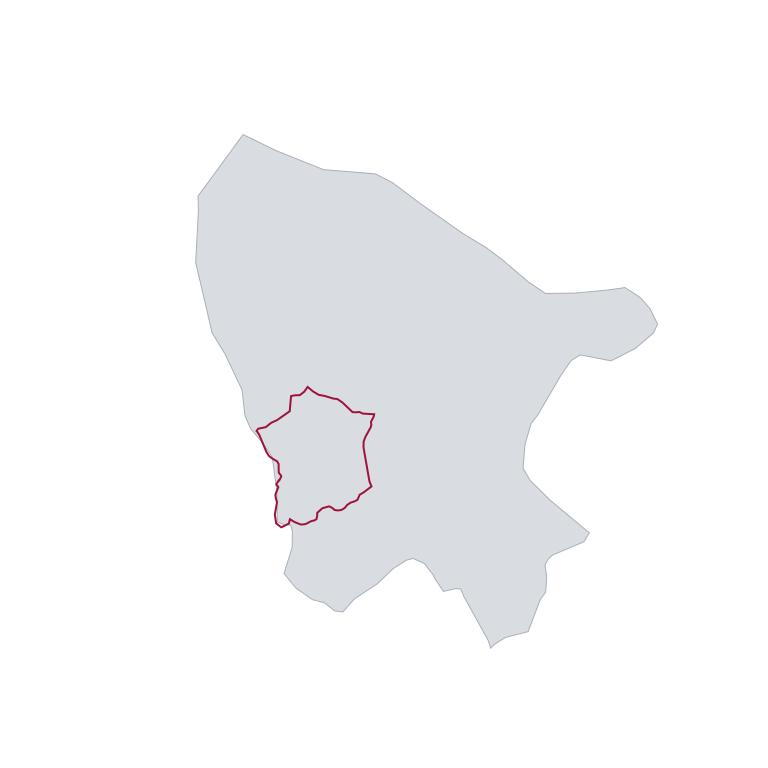 where Ruyigi sits in Burundi, rotated 125°
{"feature_id": "BDI-2635", "entity_name": "Ruyigi", "entity_type": "Province", "adm_level": 1, "iso_a3": "BDI", "parent_name": "Burundi", "parent_adm1": "", "projection": "mercator", "projection_center": [30.363, -3.445], "detail": "fine", "context": "in_parent", "style": "outline", "palette": "rose", "viewbox_px": 768, "rotation_deg": 125, "n_neighbors": 0, "source": "natural_earth", "source_scale": "10m", "svg_char_len": 2196}
<svg xmlns="http://www.w3.org/2000/svg" viewBox="0 0 768 768"><g transform="rotate(125 384 384)"><path d="M539.3,145.1L534.4,151.4L512.2,196.8L507.9,203.6L510.4,207.8L519.8,216.4L514.3,230.7L512.1,234.5L507.9,247.9L510.2,260.1L515.5,264.6L529.9,270.6L551.5,274.9L577.0,285.0L594.2,286.9L598.2,294.2L597.4,307.4L601.7,318.8L601.7,339.2L596.6,357.2L570.3,365.6L556.8,374.9L553.2,379.5L556.5,384.9L558.2,392.2L533.5,410.1L508.1,433.5L502.0,449.3L497.0,467.9L489.6,479.8L470.2,497.0L450.5,531.6L440.8,554.0L392.4,608.0L349.3,634.9L336.7,644.1L260.5,642.5L254.7,606.1L243.1,556.5L216.9,511.7L214.2,492.9L215.4,456.8L215.5,406.0L213.7,378.7L214.3,358.8L217.6,324.2L217.2,303.6L200.0,279.7L178.5,254.4L166.9,242.0L166.3,231.9L166.3,222.7L169.8,209.2L178.1,194.2L187.6,192.5L210.7,198.5L234.8,211.3L247.6,240.0L257.4,244.1L275.2,244.1L320.7,240.3L332.0,240.8L352.6,233.9L373.2,221.8L379.1,209.2L383.9,181.1L388.2,130.4L398.7,129.8L427.4,147.8L433.5,149.1L439.6,148.4L449.5,139.5L461.8,132.2L470.8,132.4L504.1,123.9L522.0,139.2L533.3,144.0L539.3,145.1Z" fill="#d9dde1" stroke="#a8b0b8" stroke-width="1"/><path d="M553.0,381.9L560.3,385.9L560.0,392.4L553.6,398.5L542.3,403.8L539.1,407.6L537.2,409.3L535.5,409.9L529.1,411.4L528.7,412.0L528.3,414.1L528.0,414.6L523.4,415.0L523.3,414.5L522.8,414.5L518.7,415.1L518.1,415.8L517.2,418.7L516.6,419.7L509.9,424.5L508.6,427.4L509.1,432.3L509.0,436.7L507.2,441.2L497.2,457.0L495.5,461.3L495.5,461.5L495.4,461.5L492.8,461.4L487.1,456.1L480.6,454.2L474.9,450.9L460.4,445.6L447.2,453.2L444.3,450.5L441.5,446.6L436.0,444.9L430.2,444.9L430.8,438.0L430.3,431.2L427.8,425.7L424.9,416.9L423.1,413.7L423.0,407.3L425.1,393.6L423.2,390.7L421.0,388.0L420.4,384.4L414.4,374.7L416.7,373.7L422.3,373.0L423.5,372.1L424.6,371.0L427.0,370.1L438.0,368.9L443.0,367.6L447.8,364.3L472.0,340.2L475.1,335.5L484.4,338.5L486.5,339.4L488.5,340.4L494.1,339.3L497.0,340.8L500.3,343.3L504.2,344.8L508.2,345.1L511.7,346.7L514.0,349.2L515.5,352.2L515.2,355.6L515.7,358.8L521.1,363.2L527.8,364.8L530.3,363.1L533.4,361.8L535.8,362.8L537.6,364.6L539.9,366.0L542.4,367.1L545.0,369.1L546.9,371.8L548.4,378.1L548.7,383.5L552.9,381.9L553.0,381.9Z" fill="none" stroke="#9f1239" stroke-width="2"/></g></svg>